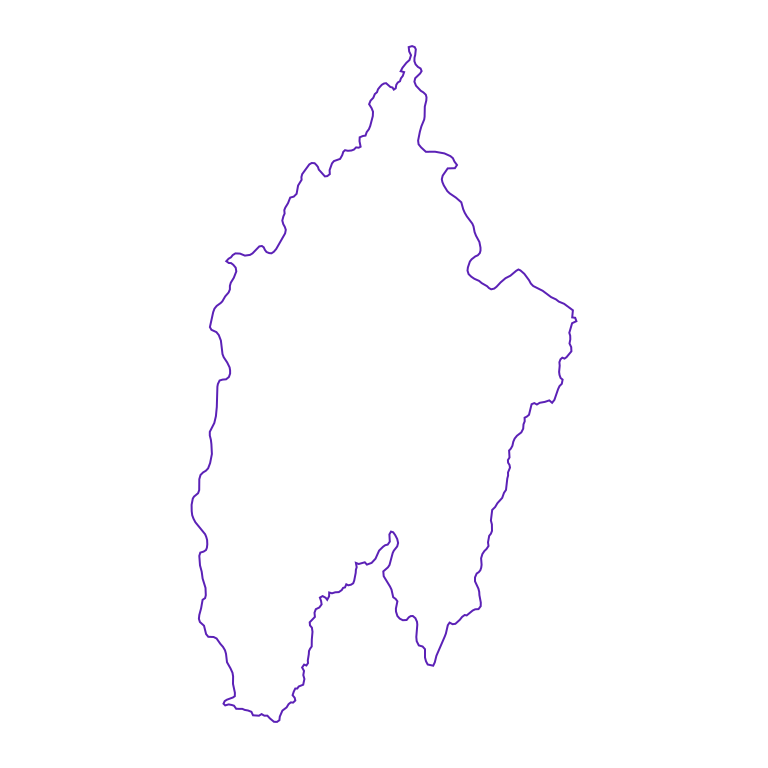 the district of Corinto, Minas Gerais, Brazil
{"feature_id": "56859067B40902909569794", "entity_name": "Corinto", "entity_type": "district", "adm_level": 2, "iso_a3": "BRA", "parent_name": "Brazil", "parent_adm1": "Minas Gerais", "projection": "equal_earth", "projection_center": [-44.609, -18.312], "detail": "fine", "context": "isolated", "style": "outline", "palette": "violet", "viewbox_px": 768, "rotation_deg": 0, "n_neighbors": 0, "source": "geoboundaries", "source_scale": "gbopen_adm2", "svg_char_len": 6072}
<svg xmlns="http://www.w3.org/2000/svg" viewBox="0 0 768 768"><path d="M457.0,165.0L454.4,161.5L452.9,158.2L450.4,156.1L444.4,153.4L434.9,151.7L425.9,151.8L421.1,147.4L418.6,144.3L418.1,140.6L419.9,131.6L421.4,126.3L424.2,119.5L424.6,116.7L424.8,106.6L426.3,100.5L426.5,97.3L425.8,94.7L423.4,92.4L420.8,90.8L416.0,85.7L414.4,81.7L415.2,78.2L420.1,73.5L421.6,71.1L420.6,68.5L417.9,66.9L415.6,64.4L414.4,61.2L414.5,57.7L415.2,55.0L415.8,49.3L414.7,47.1L412.1,46.1L408.7,47.1L409.2,51.5L411.0,55.2L409.5,60.0L406.4,62.8L402.5,67.7L400.7,71.2L404.1,72.1L402.8,75.9L400.9,78.4L400.0,81.2L397.8,82.5L396.3,84.8L395.7,88.3L393.8,89.6L392.5,87.5L390.4,87.0L386.1,83.2L384.0,83.5L381.8,84.8L379.8,87.0L378.0,89.3L377.0,92.2L374.8,94.1L373.3,97.8L370.6,100.6L369.1,104.2L371.6,108.2L373.0,111.7L372.8,116.1L370.2,126.0L368.9,129.2L366.7,132.1L365.5,135.6L362.9,136.0L359.7,137.3L359.5,141.2L360.6,146.7L358.7,147.7L356.1,147.4L353.9,149.6L351.4,150.5L347.9,150.8L345.0,150.2L343.3,151.8L342.2,155.2L340.1,158.9L333.9,161.1L332.0,163.4L329.6,170.1L329.8,174.1L327.3,176.1L324.9,176.4L318.8,169.6L317.9,166.9L316.4,165.0L314.6,163.2L311.7,163.0L309.3,164.4L302.2,174.1L301.4,177.1L301.6,179.8L298.1,185.5L296.6,193.8L293.8,196.6L290.2,197.6L288.0,203.2L285.3,207.6L284.3,210.1L284.6,213.6L283.4,216.3L282.3,220.6L283.3,224.2L284.8,226.9L285.8,229.8L285.1,233.4L276.2,249.0L273.8,251.8L271.5,253.3L269.2,253.1L266.5,252.0L264.9,249.9L263.7,247.3L261.9,246.0L259.3,246.4L252.5,253.4L250.0,254.9L244.9,255.6L240.0,253.6L235.4,253.4L232.7,255.1L231.0,257.3L228.6,258.7L226.3,261.2L228.8,263.0L231.1,263.1L233.3,264.8L235.7,267.7L236.3,271.4L233.8,277.8L230.8,282.7L229.9,285.8L229.9,289.4L228.6,292.5L225.2,296.4L222.3,301.4L220.7,303.0L216.7,305.9L214.5,308.6L213.2,312.1L209.9,327.1L211.4,329.8L216.4,332.1L218.8,335.1L220.9,340.6L222.5,354.1L223.7,357.2L227.2,362.5L229.6,367.4L230.1,370.4L230.1,373.6L228.9,377.0L226.1,379.3L222.6,379.6L219.6,380.5L217.9,384.0L217.4,386.7L216.8,407.0L215.9,416.2L214.3,423.0L209.8,431.8L209.8,435.5L210.9,439.9L211.4,444.1L211.9,454.0L210.1,463.1L208.1,468.4L205.8,470.8L203.1,472.4L200.5,475.0L199.3,479.2L199.2,490.1L198.1,493.2L194.0,496.6L192.8,498.6L191.6,504.8L191.7,511.1L192.2,515.2L193.5,518.7L195.4,522.3L205.1,534.2L206.2,536.8L207.1,540.0L207.3,544.3L206.9,547.7L206.0,550.0L203.6,551.6L200.3,552.6L199.3,555.9L200.0,565.4L201.7,571.7L202.6,578.5L205.5,587.9L205.8,595.2L205.1,598.1L202.6,599.8L201.1,608.3L199.3,615.0L198.9,618.8L199.9,622.0L204.0,625.7L206.1,634.1L208.3,636.8L213.6,637.0L216.6,638.5L220.3,643.8L223.0,646.9L225.0,650.3L226.0,653.8L227.0,662.2L230.5,668.4L232.5,672.8L233.1,676.5L233.0,683.9L234.9,692.8L234.8,696.2L232.9,697.5L226.9,699.7L224.7,701.1L223.5,703.7L225.2,705.4L228.7,704.4L231.8,705.0L234.0,705.7L236.2,708.8L242.4,708.9L244.7,709.9L248.0,710.5L251.4,711.8L253.0,715.3L259.0,715.7L261.5,714.1L264.4,715.7L267.4,715.7L269.9,718.4L274.0,721.8L277.0,721.9L279.4,720.2L279.8,716.6L282.4,710.6L286.6,707.4L288.6,704.1L290.8,702.4L293.1,702.6L295.3,700.5L294.7,697.8L292.6,695.2L293.8,691.5L295.3,688.5L297.3,688.5L298.7,686.5L303.2,684.7L304.4,679.0L303.3,675.1L304.0,670.9L302.1,667.5L304.1,664.6L306.4,665.5L308.0,663.1L307.8,660.4L308.8,654.2L309.0,651.0L310.1,648.7L311.7,646.5L311.8,639.6L312.5,631.8L311.9,627.7L310.0,625.4L309.7,622.3L314.9,616.9L314.5,612.7L315.8,609.2L319.3,607.5L321.6,604.4L321.1,601.1L319.9,597.6L322.6,596.1L325.7,597.8L327.2,599.8L329.1,596.3L329.2,592.5L332.0,593.3L335.2,592.3L338.8,592.1L341.7,590.1L343.1,587.9L345.0,587.4L346.3,584.3L348.3,585.3L351.0,584.7L353.2,583.3L354.2,580.6L355.7,572.9L355.9,569.7L356.7,567.2L355.9,562.9L358.7,564.0L364.8,562.3L366.9,564.6L371.6,562.9L375.5,558.7L379.1,550.6L383.1,546.7L385.2,545.2L387.7,544.6L389.8,541.6L389.4,534.4L391.0,531.6L393.2,532.3L395.2,535.1L397.2,539.0L398.1,543.0L397.2,546.4L393.8,550.7L392.7,553.0L389.5,565.0L387.9,567.4L383.3,571.4L383.7,576.2L390.0,586.5L391.5,589.6L393.2,597.2L395.6,598.9L397.4,601.3L395.9,608.6L396.0,611.6L397.4,616.0L399.7,618.6L402.8,620.2L406.6,620.0L408.8,617.3L410.7,616.1L412.8,616.0L415.4,618.2L417.0,621.8L417.3,624.7L416.3,637.0L416.7,641.2L418.8,645.4L422.6,646.5L425.0,649.2L425.0,657.5L426.0,661.3L427.7,664.5L433.2,665.7L434.8,662.3L436.4,655.8L444.8,636.4L445.9,633.5L447.8,625.2L449.6,622.6L452.6,624.2L455.4,623.8L459.8,619.8L462.1,616.9L464.7,615.0L466.7,615.4L472.7,610.5L475.2,609.3L478.5,609.1L480.7,606.2L480.8,602.6L479.4,595.1L479.2,591.8L478.4,588.6L475.0,581.3L475.0,577.4L476.7,573.5L478.7,572.2L480.3,570.3L481.2,567.7L481.6,564.8L481.1,558.3L482.4,554.0L484.4,551.0L486.5,549.0L488.5,546.0L488.0,542.3L489.2,535.8L490.9,533.7L492.0,530.9L491.9,524.4L490.9,520.5L492.2,509.9L495.1,507.1L497.4,503.2L502.2,497.9L504.0,492.8L506.0,489.9L507.3,478.5L508.1,475.5L508.0,472.5L510.0,467.6L509.5,464.9L508.1,462.7L507.9,460.1L509.5,457.5L509.1,450.5L510.8,448.7L512.4,445.8L513.3,441.7L514.7,438.5L517.0,435.7L521.3,432.4L523.2,428.7L523.5,424.3L524.7,421.3L524.6,417.7L526.7,416.7L529.0,414.8L531.6,404.2L534.3,403.1L536.9,404.5L539.7,402.8L544.8,401.9L549.3,400.4L552.1,402.8L554.4,399.9L558.1,389.1L559.5,386.1L561.8,383.8L562.6,379.6L560.6,378.0L559.5,374.9L559.1,371.9L559.7,365.7L559.4,362.2L560.5,359.3L562.3,357.7L564.5,358.6L566.5,357.2L571.4,351.3L571.2,347.1L569.5,343.5L570.3,339.3L570.2,335.7L569.3,332.8L572.1,323.2L576.4,321.2L575.2,317.8L572.2,317.4L572.9,310.3L564.1,303.8L558.8,301.6L556.0,299.4L551.1,297.1L542.7,290.8L533.2,286.0L530.8,283.5L529.1,280.3L524.3,273.8L520.4,270.4L518.4,269.5L516.2,270.8L510.4,275.7L505.5,278.2L500.6,282.4L496.5,286.8L494.2,288.6L491.2,289.3L489.0,288.1L487.1,286.2L481.7,283.1L479.1,280.9L474.4,278.8L471.3,276.7L468.6,274.1L467.5,270.6L467.9,267.4L469.9,261.5L471.6,259.3L475.3,256.4L477.8,255.3L479.8,253.1L480.5,250.6L480.5,247.7L479.4,242.0L476.0,235.7L474.6,232.1L473.5,226.4L472.3,223.6L466.8,216.3L464.7,212.7L463.2,209.2L461.3,202.3L455.9,197.6L449.7,193.4L447.3,191.1L443.8,185.4L442.4,182.1L441.8,179.2L442.7,175.6L447.7,168.4L454.9,168.2L457.0,165.0Z" fill="none" stroke="#5b21b6" stroke-width="2"/></svg>